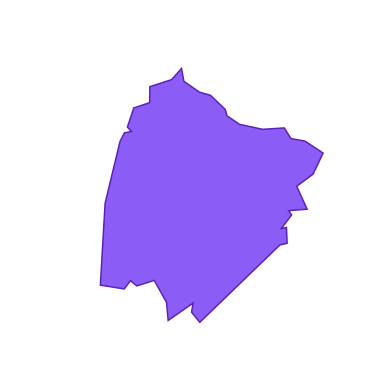 the district of Harrison, Kentucky, United States of America, rotated 144°
{"feature_id": "52423323B26576691311255", "entity_name": "Harrison", "entity_type": "district", "adm_level": 2, "iso_a3": "USA", "parent_name": "United States of America", "parent_adm1": "Kentucky", "projection": "orthographic", "projection_center": [-84.363, 38.43], "detail": "fine", "context": "isolated", "style": "filled", "palette": "violet", "viewbox_px": 384, "rotation_deg": 144, "n_neighbors": 0, "source": "geoboundaries", "source_scale": "gbopen_adm2", "svg_char_len": 653}
<svg xmlns="http://www.w3.org/2000/svg" viewBox="0 0 384 384"><g transform="rotate(144 192 192)"><path d="M109.0,110.4L103.9,135.1L83.5,135.3L63.1,146.4L70.7,166.8L80.5,177.0L79.7,189.6L98.0,201.2L113.8,218.8L118.9,233.0L116.6,239.2L120.2,259.4L127.3,268.4L133.5,286.3L127.9,298.1L142.5,294.9L164.2,302.0L173.7,289.2L189.7,294.2L206.1,282.5L205.4,276.5L211.8,279.6L220.4,275.3L268.9,234.0L320.9,170.5L303.8,153.4L293.9,156.4L291.9,148.5L274.5,142.7L277.5,117.6L286.8,102.1L256.5,101.5L263.0,95.0L262.3,82.0L152.0,97.5L145.2,94.6L136.4,107.8L141.3,109.9L124.9,114.9L124.7,120.1L109.0,110.4Z" fill="#8b5cf6" stroke="#5b21b6" stroke-width="1.5"/></g></svg>